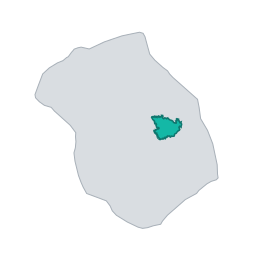 Makeoana, Berea, Lesotho shown in context, rotated 100°
{"feature_id": "5366337B60128688215612", "entity_name": "Makeoana", "entity_type": "district", "adm_level": 2, "iso_a3": "LSO", "parent_name": "Lesotho", "parent_adm1": "Berea", "projection": "albers", "projection_center": [28.111, -29.223], "detail": "fine", "context": "in_parent", "style": "filled", "palette": "teal", "viewbox_px": 256, "rotation_deg": 100, "n_neighbors": 0, "source": "geoboundaries", "source_scale": "gbopen_adm2", "svg_char_len": 5814}
<svg xmlns="http://www.w3.org/2000/svg" viewBox="0 0 256 256"><g transform="rotate(100 128 128)"><path d="M170.0,174.4L162.6,176.7L161.6,176.9L156.8,176.4L150.5,176.9L145.6,178.2L141.7,178.6L135.4,185.3L124.1,203.4L121.0,207.2L120.2,214.3L117.5,219.9L114.3,224.3L111.2,225.4L101.7,223.7L89.6,221.4L82.5,216.0L76.2,208.9L72.9,203.7L69.4,200.8L68.2,199.2L63.3,196.8L61.4,195.6L59.7,194.7L57.7,191.3L56.5,188.2L56.9,179.9L53.4,174.9L47.4,166.4L43.5,159.4L38.3,149.9L35.0,141.7L31.7,133.3L32.1,129.6L35.2,127.1L44.4,122.8L51.5,119.4L56.6,113.3L62.2,104.3L64.9,98.9L67.6,96.4L70.5,92.5L75.7,84.0L81.5,74.6L87.7,64.5L95.5,61.5L106.2,58.1L116.5,49.3L128.8,41.8L148.7,33.8L158.0,31.8L161.5,30.6L163.7,32.1L166.1,36.8L169.4,40.7L177.2,47.4L180.5,49.1L188.5,59.1L197.1,66.0L207.0,74.0L213.7,77.9L217.1,79.1L219.9,86.1L222.7,91.3L224.3,96.2L223.9,100.9L220.7,112.4L216.0,124.2L212.3,129.1L207.8,132.1L203.5,136.7L201.7,146.2L199.7,157.3L194.0,161.9L189.5,164.9L183.4,168.5L170.0,174.4Z" fill="#d9dde1" stroke="#a8b0b8" stroke-width="1"/><path d="M126.5,102.0L126.7,101.6L126.7,101.0L127.1,100.9L127.6,101.2L127.8,101.1L127.5,100.9L127.4,100.7L127.6,100.3L128.1,100.2L128.3,100.1L128.1,99.8L128.1,99.1L128.5,99.3L128.9,99.4L129.1,99.4L129.2,99.2L129.0,98.9L128.9,98.7L129.1,98.6L129.2,98.0L129.4,97.9L129.6,98.0L129.8,98.2L130.1,98.3L130.3,98.2L130.1,97.9L130.1,97.7L130.4,97.7L130.6,97.6L130.5,97.3L130.7,97.2L130.8,97.4L130.9,97.2L131.0,97.1L131.3,97.2L131.5,97.1L131.7,96.9L131.8,97.1L131.9,96.8L132.0,96.7L132.4,96.7L132.1,96.3L132.2,96.2L132.4,96.2L132.6,95.9L132.4,95.7L132.7,95.5L133.0,95.2L133.4,95.4L133.5,95.4L133.4,95.1L133.8,94.9L133.8,94.7L133.6,94.7L133.4,94.8L133.2,94.6L133.6,94.0L133.5,93.9L133.3,93.9L133.1,93.8L133.1,93.7L133.3,93.7L133.0,92.8L133.0,92.5L132.9,92.1L132.7,92.3L132.5,92.1L132.2,92.2L132.1,91.8L132.2,91.7L132.4,91.8L132.4,91.7L132.2,91.5L132.2,91.4L132.5,91.3L132.5,91.0L132.4,90.9L132.2,91.0L131.8,91.0L131.7,90.6L131.8,90.2L131.3,90.2L131.5,89.9L131.1,90.0L131.0,89.8L131.4,89.6L131.5,89.4L131.4,89.4L131.1,89.5L131.1,89.0L130.9,88.9L130.7,89.0L130.6,88.6L130.5,88.4L130.3,88.5L130.2,88.6L130.1,88.4L129.6,88.2L129.6,87.9L129.4,87.8L129.6,87.7L129.4,87.6L129.5,87.4L129.2,87.3L129.3,87.1L128.9,86.7L128.7,86.3L128.8,85.9L128.7,85.7L128.8,85.7L129.0,85.5L129.3,85.3L129.3,85.1L129.5,85.0L129.5,84.8L129.6,84.6L128.9,84.0L128.4,83.8L128.4,83.7L128.5,82.9L128.3,82.0L128.1,81.4L127.9,81.1L127.0,81.0L126.8,81.1L126.6,81.1L126.4,81.1L126.1,81.0L125.7,80.8L125.4,80.5L125.1,79.9L124.5,79.4L123.7,79.2L122.9,78.6L122.6,78.5L122.4,78.2L122.1,78.2L121.9,78.0L121.8,77.7L121.7,77.7L121.5,77.4L121.4,77.1L120.8,76.8L120.6,76.8L120.3,76.8L120.2,76.9L120.0,77.2L119.8,77.2L119.6,77.2L119.3,77.4L119.2,77.6L118.7,77.9L118.4,78.0L118.3,77.8L117.8,77.6L117.9,77.4L117.7,77.3L117.5,77.5L117.6,77.4L117.3,77.3L117.4,77.1L117.5,76.7L117.6,76.4L117.8,76.4L117.8,76.1L117.9,75.9L117.5,76.0L117.0,75.9L116.8,76.0L115.8,75.8L115.4,75.9L114.9,75.8L114.6,76.0L114.2,76.4L114.0,76.7L112.9,76.7L113.0,76.8L113.2,77.1L113.2,77.3L113.5,77.4L113.6,77.5L113.8,77.8L113.7,77.9L113.4,77.9L113.3,78.0L112.9,78.0L112.8,78.4L112.7,78.5L112.6,78.8L112.0,78.9L111.7,79.3L111.4,79.6L111.1,79.6L110.5,79.7L110.5,80.0L110.6,80.4L110.4,80.9L110.4,81.0L110.3,81.5L110.5,81.7L110.7,81.9L110.8,81.9L111.1,81.8L111.3,81.6L111.4,81.3L111.4,81.2L111.5,81.1L111.6,81.3L111.8,81.4L112.0,81.6L112.3,81.7L112.5,81.4L112.6,81.5L112.9,81.7L112.9,81.8L113.0,81.7L113.3,81.7L113.4,81.8L113.5,81.9L113.8,81.8L113.8,81.6L113.7,81.4L113.8,81.2L113.8,81.4L113.9,81.5L114.1,81.4L114.4,81.5L114.5,81.5L114.5,81.4L114.8,81.4L114.8,81.5L114.8,81.9L114.9,82.0L115.0,82.3L114.8,82.9L114.9,83.1L114.7,83.4L114.6,83.7L114.7,84.1L114.4,84.3L114.2,84.5L113.6,84.8L113.3,85.4L113.2,85.6L113.3,85.6L113.3,85.8L113.1,85.9L113.0,86.1L112.9,87.0L112.9,87.6L112.8,88.0L112.5,88.5L112.5,88.9L112.2,89.2L112.2,89.3L111.8,89.7L111.6,89.9L111.6,90.2L111.4,90.5L111.5,90.8L111.7,91.0L111.4,91.0L111.6,91.3L111.6,91.5L111.8,91.8L111.8,92.0L111.9,92.3L111.8,92.5L111.7,92.7L111.8,93.0L111.6,93.4L111.6,93.6L112.3,94.2L112.5,94.2L112.7,94.5L112.3,95.4L111.5,96.0L111.0,95.8L110.9,95.6L110.4,95.6L110.1,95.9L109.9,95.9L109.6,96.0L109.6,96.3L109.7,96.6L109.7,97.2L110.0,97.1L110.4,97.1L110.6,96.9L111.0,97.2L111.1,97.5L111.3,97.5L111.5,97.7L111.4,98.0L111.5,98.0L111.6,98.3L111.4,98.4L111.4,98.5L111.2,98.7L111.2,98.8L111.5,99.0L111.4,99.1L111.2,99.0L111.2,99.4L111.2,99.6L111.3,99.6L111.1,99.8L110.9,99.7L110.8,99.9L110.9,100.0L111.4,100.0L111.6,99.9L111.8,100.0L111.6,100.4L111.6,100.7L111.7,100.8L112.0,100.8L112.1,101.1L112.0,101.4L111.7,101.4L111.5,101.6L111.6,101.8L111.9,101.9L112.0,101.9L112.5,101.7L112.4,102.0L112.2,102.2L112.2,102.3L112.5,102.4L112.5,102.6L112.4,102.8L112.2,102.8L111.8,102.9L111.8,103.3L111.7,103.4L111.7,103.5L112.1,103.6L112.6,103.6L112.4,103.9L111.8,103.8L111.7,103.9L111.7,104.1L111.9,104.3L112.4,104.4L112.5,104.6L112.5,104.8L112.8,104.7L112.9,104.8L112.8,105.1L112.9,105.4L112.6,105.8L112.9,106.1L112.8,106.3L112.9,106.5L113.1,106.5L113.5,106.6L113.9,106.2L114.6,105.7L115.8,104.5L115.9,104.0L116.3,103.7L116.3,103.4L116.6,103.1L117.1,103.0L117.2,102.9L117.4,103.0L117.6,102.8L118.0,102.8L118.3,102.6L118.7,102.5L118.9,102.5L119.0,102.3L119.1,102.2L118.9,102.1L118.8,101.7L118.6,101.5L118.6,101.3L118.9,101.1L119.4,101.2L119.5,101.0L119.4,100.8L119.5,100.6L120.2,100.7L120.3,100.8L120.7,100.7L120.9,100.8L121.5,100.2L121.8,100.1L122.0,100.1L122.3,100.0L122.5,99.2L122.3,98.9L122.3,98.6L122.3,97.8L122.5,97.6L122.9,97.4L123.1,97.4L123.5,97.6L123.7,97.8L123.8,98.3L123.9,98.9L123.9,99.2L124.3,99.4L124.4,99.8L124.7,100.1L125.0,100.0L125.2,100.4L125.5,100.7L125.4,100.8L125.6,100.8L125.7,101.1L125.8,101.1L125.9,101.3L126.2,101.4L126.3,101.5L126.4,101.8L126.3,102.0L126.5,102.0Z" fill="#14b8a6" stroke="#0f766e" stroke-width="1.5"/></g></svg>